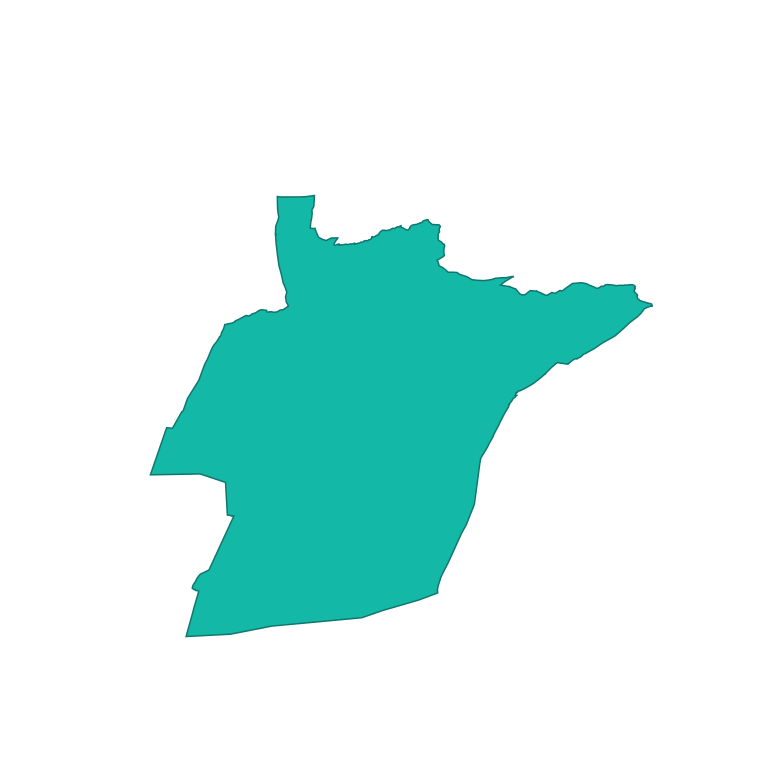 "Vestre Slidre" nor, Oppland, Norway (Natural Earth projection), rotated 338°
{"feature_id": "86288312B11903368745588", "entity_name": "\"Vestre Slidre\" nor", "entity_type": "district", "adm_level": 2, "iso_a3": "NOR", "parent_name": "Norway", "parent_adm1": "Oppland", "projection": "natural_earth1", "projection_center": [8.94, 61.053], "detail": "fine", "context": "isolated", "style": "filled", "palette": "teal", "viewbox_px": 768, "rotation_deg": 338, "n_neighbors": 0, "source": "geoboundaries", "source_scale": "gbopen_adm2", "svg_char_len": 6111}
<svg xmlns="http://www.w3.org/2000/svg" viewBox="0 0 768 768"><g transform="rotate(338 384 384)"><path d="M355.5,597.8L356.7,594.2L359.6,590.2L361.4,588.1L364.2,584.7L366.3,582.6L376.6,573.7L400.4,551.1L407.5,545.4L422.7,529.4L443.0,493.7L445.9,489.0L455.9,481.6L459.9,478.0L465.6,473.5L465.5,473.3L467.9,471.1L475.8,464.4L477.5,462.7L485.9,455.5L490.8,452.0L490.8,451.8L492.5,450.0L492.1,449.7L494.9,448.3L496.9,447.0L496.8,446.9L498.3,445.9L499.1,445.6L500.8,445.2L502.8,444.3L501.4,443.6L503.1,442.1L502.9,441.9L503.4,441.5L503.9,441.5L504.1,441.8L504.5,441.7L504.4,441.5L505.6,440.7L507.2,441.3L507.8,441.0L508.0,441.2L513.2,440.8L518.1,440.2L523.5,439.3L532.0,436.8L536.8,435.1L536.9,435.3L538.8,434.3L545.0,431.6L549.4,430.0L551.9,429.4L552.7,428.9L553.6,429.7L562.0,434.5L567.3,432.7L569.9,432.3L570.4,432.1L572.3,433.1L572.7,432.9L574.3,432.6L576.4,432.6L580.4,431.1L582.8,431.2L583.4,431.0L592.4,429.9L601.8,427.8L616.1,426.0L627.0,422.2L634.9,419.1L644.2,416.6L648.6,414.8L651.5,413.1L653.1,411.9L656.1,411.6L658.9,411.6L660.0,411.7L661.2,412.2L661.8,412.3L662.0,412.2L662.1,410.2L661.6,409.6L660.8,409.0L660.2,408.7L654.8,404.5L652.4,402.3L652.1,401.2L651.4,400.5L651.1,399.4L651.6,397.2L652.4,396.6L652.3,396.3L651.6,394.4L651.1,393.6L650.7,391.1L651.5,390.8L652.5,389.8L652.8,389.3L652.5,388.9L652.4,388.5L653.5,387.7L652.8,386.1L651.4,384.9L649.3,384.1L645.8,383.2L644.9,382.6L642.6,382.1L639.8,380.9L635.9,379.7L634.5,378.7L629.8,376.1L627.9,375.3L626.2,375.0L625.3,375.3L624.6,375.8L623.6,375.5L622.6,374.9L621.6,374.8L620.0,375.3L617.8,375.3L616.0,374.0L614.9,372.5L612.2,370.1L609.5,367.0L605.1,364.1L596.4,361.4L587.6,363.5L584.0,364.6L582.3,363.2L580.9,363.4L576.6,364.1L573.9,362.0L568.2,363.0L568.1,362.8L566.6,361.7L565.0,359.9L564.1,359.4L563.9,358.5L560.6,355.6L560.5,354.8L559.4,354.6L554.5,352.2L548.5,354.0L545.7,353.3L543.8,351.6L541.7,345.1L540.1,343.9L537.9,341.7L537.5,341.2L536.8,340.5L535.8,340.1L532.7,338.3L529.1,335.9L534.7,334.3L542.7,333.0L544.8,333.0L542.5,332.2L536.4,331.0L535.1,330.3L526.9,327.7L523.3,327.5L519.9,326.8L517.4,326.1L516.2,325.8L513.9,324.9L509.0,322.6L504.7,320.3L501.1,315.6L495.3,310.7L494.7,310.0L493.6,308.0L489.6,306.1L485.3,304.4L484.5,302.4L483.3,300.2L481.7,297.6L479.2,295.0L479.7,293.6L479.9,291.1L479.5,289.2L486.0,288.2L488.1,287.5L488.8,284.2L489.4,283.1L489.9,281.6L491.9,278.8L492.2,277.3L492.1,276.8L491.6,276.4L491.0,276.0L490.8,275.7L490.7,275.5L490.8,275.0L490.6,274.2L490.3,273.8L490.2,273.4L489.9,273.0L488.9,272.1L488.8,271.7L488.5,271.4L488.3,270.8L488.4,270.3L488.7,269.7L488.8,268.5L489.8,267.5L489.9,266.0L491.0,264.7L492.5,263.8L492.5,263.3L492.9,262.1L493.1,261.1L493.4,260.9L493.7,260.2L494.5,259.9L495.1,259.3L494.9,259.1L495.2,258.8L495.0,257.7L494.7,257.1L489.6,254.7L488.3,254.0L488.0,253.4L486.3,249.8L486.4,248.3L485.9,247.9L484.2,247.6L481.2,247.5L480.7,248.0L480.1,248.3L478.6,248.4L477.2,248.1L476.2,248.2L475.2,248.1L474.5,248.3L473.8,248.2L472.7,247.8L471.9,247.8L471.3,247.5L468.9,247.3L468.1,247.6L466.5,248.5L466.3,249.0L465.8,249.4L465.0,249.8L464.4,250.1L463.6,250.1L463.0,249.7L461.5,248.4L460.8,247.2L459.6,245.9L458.8,245.5L458.7,245.0L459.1,243.6L458.6,243.5L456.4,243.9L456.0,243.8L455.5,243.3L455.2,243.3L453.5,243.4L452.9,243.8L452.4,243.7L452.1,243.8L451.8,243.8L450.7,242.9L448.4,243.0L447.4,243.6L447.1,243.6L446.6,243.2L446.0,243.0L444.0,242.8L443.2,242.3L442.4,242.1L441.9,241.5L441.3,241.4L440.6,240.9L440.3,240.9L437.7,241.4L435.8,242.6L435.4,243.1L433.6,243.5L431.9,243.5L430.9,243.9L429.6,243.9L428.9,243.5L428.6,243.0L428.0,242.9L427.5,243.2L427.1,244.5L426.6,244.7L425.8,244.7L425.0,244.9L423.7,244.6L423.0,244.9L421.9,244.9L420.3,244.0L418.5,244.0L418.1,244.4L417.6,244.5L417.0,244.4L416.1,243.8L415.1,243.9L414.5,244.2L414.0,244.2L413.4,243.9L412.2,243.7L409.7,243.6L409.2,243.2L409.4,243.0L409.7,242.7L409.6,242.4L407.7,242.4L406.2,242.0L405.6,241.5L403.6,241.4L402.7,241.2L402.4,241.1L402.2,240.7L400.5,239.9L398.8,239.7L398.3,239.4L397.6,239.4L395.8,238.8L395.4,239.0L394.9,238.4L394.5,238.2L395.1,237.9L394.9,237.5L394.7,237.3L392.8,237.0L391.5,237.2L391.0,237.1L389.9,236.2L390.3,235.2L394.0,232.5L395.6,231.7L395.9,231.3L394.7,230.7L393.1,230.2L390.2,229.0L389.7,228.9L383.8,229.3L383.3,228.6L381.1,226.9L378.2,223.3L378.1,218.3L378.3,213.7L377.7,213.7L376.9,213.5L376.8,213.4L376.0,213.1L375.8,212.9L375.5,212.9L375.3,212.6L374.0,211.9L376.9,206.2L378.8,203.6L381.1,199.3L382.5,195.4L384.8,193.7L385.7,192.6L390.1,183.2L381.7,181.0L376.7,179.3L358.1,171.8L355.3,170.2L350.8,182.1L349.5,187.1L349.3,188.9L348.8,190.0L347.3,192.1L342.7,197.2L339.5,204.2L339.8,204.3L340.0,205.2L339.2,205.3L336.6,213.3L333.2,225.9L330.9,235.1L330.0,243.0L328.3,253.5L328.7,254.8L328.5,255.1L328.4,256.1L328.6,257.9L328.3,259.2L328.4,260.9L328.3,261.9L328.0,262.8L328.0,263.1L327.3,263.7L325.9,265.6L325.1,266.9L324.7,269.5L324.2,270.5L324.1,271.2L324.4,272.8L324.5,274.9L324.4,276.2L323.7,276.2L319.0,277.2L318.4,277.3L315.3,276.5L313.0,277.0L311.6,277.0L310.2,276.7L308.3,276.0L306.8,274.9L305.9,274.5L303.1,273.8L302.6,273.5L302.4,272.6L302.8,271.9L302.6,271.6L300.2,270.4L299.4,269.7L298.8,269.4L297.1,269.0L295.0,269.1L292.2,269.8L291.2,269.9L287.7,269.6L287.0,270.0L286.2,270.2L283.9,270.2L282.5,269.1L281.5,268.9L280.1,268.9L273.1,269.7L270.7,269.7L269.4,270.0L268.2,270.6L267.7,270.5L265.2,270.5L261.3,269.6L259.6,269.6L258.7,269.2L256.7,271.8L254.5,274.1L252.7,275.4L252.8,275.6L251.6,276.9L250.9,278.0L249.1,278.7L249.2,278.9L244.3,282.3L241.1,284.1L239.0,285.5L235.9,288.4L229.4,295.0L225.0,298.7L213.7,311.2L196.4,323.8L188.2,333.1L187.2,334.0L186.1,334.0L171.3,345.8L166.1,343.1L133.4,380.7L179.8,398.5L200.2,415.9L189.7,446.8L193.9,449.3L193.6,449.5L195.3,450.2L152.0,490.9L142.6,491.5L142.0,491.7L138.3,493.8L133.5,497.8L132.4,498.3L131.4,499.3L130.1,500.8L129.8,501.5L129.8,501.9L130.2,502.3L130.4,502.8L131.0,503.6L131.4,503.6L131.3,503.8L132.0,504.3L132.3,505.1L133.7,505.7L134.0,506.2L134.6,506.6L133.8,507.8L122.8,521.8L121.5,523.7L105.9,544.0L147.7,558.4L189.2,566.4L276.0,592.4L298.1,593.5L335.5,597.3L355.5,597.8Z" fill="#14b8a6" stroke="#0f766e" stroke-width="1.5"/></g></svg>